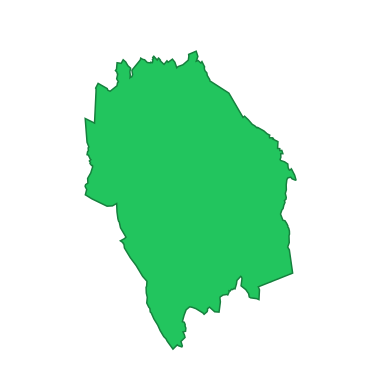 outline of Mullingar Lea-6, Westmeath, Ireland, rotated 74°
{"feature_id": "5873133B77871835478253", "entity_name": "Mullingar Lea-6", "entity_type": "district", "adm_level": 2, "iso_a3": "IRL", "parent_name": "Ireland", "parent_adm1": "Westmeath", "projection": "equal_earth", "projection_center": [-7.319, 53.526], "detail": "fine", "context": "isolated", "style": "filled", "palette": "green", "viewbox_px": 384, "rotation_deg": 74, "n_neighbors": 0, "source": "geoboundaries", "source_scale": "gbopen_adm2", "svg_char_len": 3103}
<svg xmlns="http://www.w3.org/2000/svg" viewBox="0 0 384 384"><g transform="rotate(74 192 192)"><path d="M107.1,129.3L90.1,144.2L88.9,144.0L84.2,145.2L81.6,144.9L78.7,146.2L76.0,146.0L75.3,145.4L69.4,146.5L70.5,147.9L67.2,150.0L67.4,151.8L63.3,149.0L57.8,149.2L58.8,157.3L60.6,157.6L64.2,159.2L67.2,165.7L67.6,170.8L68.4,172.4L62.6,172.7L58.9,174.2L60.7,179.2L59.0,179.9L61.6,183.7L57.1,186.4L56.6,186.0L54.2,187.1L54.0,187.3L55.6,189.1L51.0,191.3L51.9,192.7L53.1,192.3L53.7,193.5L55.0,193.4L56.7,194.4L55.9,195.8L56.5,196.1L55.2,199.3L51.8,201.1L50.9,202.8L49.2,204.4L50.8,205.3L58.4,216.2L62.9,216.7L64.8,218.3L64.5,219.1L65.0,220.0L62.5,219.1L59.3,218.6L56.1,216.9L53.0,218.8L48.7,219.9L45.9,221.7L48.8,224.6L47.1,228.4L53.1,230.7L54.2,232.1L55.8,231.2L58.0,231.2L58.2,230.9L62.4,233.2L65.8,232.4L66.6,233.6L69.2,234.8L72.6,243.0L70.9,244.9L69.2,245.0L61.7,252.3L65.6,256.0L66.4,255.8L69.4,256.7L98.9,266.7L91.9,274.4L115.3,279.2L120.3,278.7L121.0,279.7L123.7,280.2L124.5,281.3L127.2,282.6L128.1,281.4L132.0,280.8L133.1,280.3L133.9,282.1L135.8,281.5L136.5,282.2L138.9,281.2L139.1,280.4L140.5,280.6L145.8,284.1L150.2,288.6L154.7,289.6L155.6,292.2L156.4,292.8L157.4,293.2L160.5,292.5L165.3,295.3L171.0,290.1L182.2,277.6L183.4,272.3L182.3,267.6L190.5,269.6L197.4,270.6L200.0,270.6L200.7,270.2L206.7,270.6L217.2,267.9L218.2,269.8L219.2,274.3L221.7,272.3L222.6,272.4L223.4,271.8L227.1,272.4L238.2,269.4L247.2,266.0L259.5,262.7L265.4,259.9L270.1,261.6L270.9,262.4L276.6,263.8L280.9,264.0L286.2,266.1L290.8,265.3L292.3,264.6L295.8,265.2L297.0,264.5L303.5,263.6L310.6,261.6L316.4,260.8L323.2,259.0L325.9,257.5L328.7,256.9L337.8,253.6L334.9,248.3L336.0,247.5L338.1,244.5L337.3,243.7L332.6,243.8L329.9,238.8L327.4,238.7L324.0,239.2L324.1,236.6L321.1,235.4L319.1,235.6L317.4,235.1L315.0,235.4L314.0,237.0L308.3,233.6L303.6,230.1L301.7,225.9L302.9,223.6L305.2,220.4L311.2,214.9L312.9,214.1L311.3,210.6L310.3,209.8L308.4,209.2L307.5,206.9L313.4,203.2L314.9,199.1L305.4,195.0L301.6,194.4L300.6,193.8L299.6,190.5L300.1,186.8L300.8,186.0L298.5,184.0L297.1,183.6L297.7,182.6L296.4,180.9L297.0,179.8L296.3,178.4L297.0,177.4L292.6,174.6L289.4,173.2L286.5,168.4L287.2,167.9L289.0,167.8L295.7,170.7L300.7,167.2L305.3,165.6L308.7,165.9L309.9,164.8L312.4,159.1L313.9,157.3L304.6,154.1L301.4,154.4L297.7,117.6L274.5,114.4L271.3,115.2L267.5,112.5L260.7,110.8L259.4,109.9L256.3,109.1L253.4,109.0L252.3,109.5L250.9,109.2L248.1,109.7L245.2,110.6L244.2,112.4L237.6,113.0L234.0,110.5L233.1,109.1L229.9,107.3L227.7,105.5L225.7,105.5L224.9,103.7L223.2,102.9L219.1,102.7L215.9,100.7L211.2,99.5L206.2,97.4L204.8,95.8L205.0,93.0L206.9,92.2L208.8,89.8L209.2,89.0L208.9,88.7L204.1,88.7L197.5,90.0L197.1,90.2L197.7,90.7L197.9,92.3L196.9,92.6L195.1,92.9L191.5,92.2L188.5,94.7L186.1,98.1L185.1,98.4L183.1,97.0L179.7,96.2L180.2,94.1L176.8,94.2L176.3,96.2L174.5,95.7L173.7,97.7L167.3,95.5L163.3,99.8L162.8,99.1L162.0,99.9L161.3,102.5L159.5,102.2L158.8,101.6L156.6,103.9L153.3,105.9L148.0,111.1L148.3,111.8L145.6,113.5L143.6,115.4L138.0,118.0L133.6,120.6L134.4,122.4L107.1,129.3Z" fill="#22c55e" stroke="#15803d" stroke-width="1.5"/></g></svg>